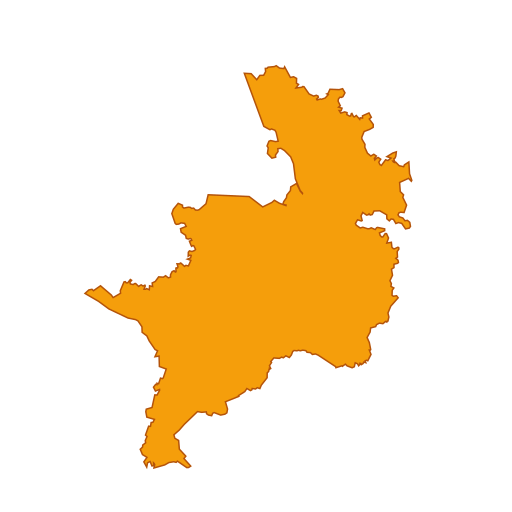 Ērgļu pag., Erglu, Latvia, rotated 250°
{"feature_id": "27541924B50844448194211", "entity_name": "Ērgļu pag.", "entity_type": "district", "adm_level": 2, "iso_a3": "LVA", "parent_name": "Latvia", "parent_adm1": "Erglu", "projection": "albers", "projection_center": [25.617, 56.923], "detail": "fine", "context": "isolated", "style": "filled", "palette": "amber", "viewbox_px": 512, "rotation_deg": 250, "n_neighbors": 0, "source": "geoboundaries", "source_scale": "gbopen_adm2", "svg_char_len": 6097}
<svg xmlns="http://www.w3.org/2000/svg" viewBox="0 0 512 512"><g transform="rotate(250 256 256)"><path d="M168.1,375.3L170.6,374.5L171.2,371.3L172.6,370.4L177.2,372.3L178.8,374.6L181.3,372.4L183.8,373.8L187.0,373.4L191.2,377.7L197.3,378.8L197.9,381.7L201.1,382.8L200.7,386.6L201.3,387.7L203.5,388.0L206.0,386.6L206.6,388.6L211.9,390.2L213.6,392.6L215.0,393.0L215.7,392.4L215.4,388.6L215.9,387.6L217.7,386.7L222.6,387.9L223.4,383.3L227.6,386.7L232.4,386.3L232.9,385.1L230.5,381.7L231.0,380.5L232.9,379.7L235.5,379.9L235.8,385.6L237.5,386.2L241.3,380.0L241.3,379.0L240.1,377.1L243.1,373.9L242.9,371.9L243.3,370.4L246.5,366.2L246.7,363.5L250.7,360.7L252.6,360.6L255.3,363.8L252.9,366.9L253.0,367.9L257.8,368.4L260.4,371.2L256.6,373.9L256.4,375.6L257.0,376.7L255.4,377.3L255.2,379.4L257.9,382.3L256.2,387.7L250.0,392.9L246.2,391.7L243.4,393.3L244.6,395.6L243.4,397.7L238.7,398.5L238.7,401.3L236.8,404.1L230.3,405.8L229.8,409.6L231.0,411.3L235.0,412.0L237.7,410.5L238.2,408.0L241.5,407.0L243.8,404.1L246.1,403.5L247.7,405.1L247.7,406.9L246.2,410.0L252.3,414.9L260.9,414.0L263.0,415.6L267.2,413.6L276.0,416.1L276.8,425.9L273.1,427.5L273.8,428.3L280.7,428.4L292.1,431.8L290.9,426.6L289.4,425.3L291.9,421.4L296.4,419.4L296.2,418.5L297.3,417.3L298.4,417.0L297.8,418.6L300.2,418.8L300.5,420.2L302.1,421.6L305.9,423.5L306.0,419.7L304.6,413.0L301.8,416.4L300.6,412.6L302.1,410.7L298.2,404.8L299.5,403.7L302.2,403.5L304.3,406.3L306.8,404.5L306.7,402.8L305.6,400.5L307.3,400.6L308.8,403.3L311.3,401.5L310.7,398.1L314.5,395.9L320.9,395.4L323.7,396.6L329.6,395.5L331.4,396.0L336.0,400.2L336.1,406.1L336.8,410.1L339.5,411.2L346.0,409.3L346.9,411.8L351.8,411.1L351.3,404.0L349.2,403.3L350.2,401.2L348.9,400.2L353.8,398.3L353.1,396.0L353.6,395.3L357.2,394.9L357.2,394.3L355.2,392.8L355.4,391.8L357.8,389.7L359.6,390.6L361.1,388.6L361.3,384.5L364.2,383.9L363.4,385.7L365.5,387.4L367.6,384.5L368.4,386.6L373.5,386.1L375.5,387.3L376.5,389.2L375.8,390.5L376.0,392.2L378.9,395.4L383.6,394.6L383.9,391.0L387.4,382.5L384.2,379.4L384.1,378.0L382.9,379.1L380.8,375.0L380.9,371.0L381.6,370.1L381.7,366.8L382.8,366.6L383.8,368.9L385.1,369.0L386.4,367.7L386.5,364.9L390.1,361.3L398.7,359.0L399.3,357.8L398.9,356.8L400.2,351.0L402.7,354.7L404.5,353.1L409.0,354.9L411.6,352.6L412.0,349.4L424.0,347.6L422.6,346.3L424.5,342.4L427.9,340.1L427.7,338.1L429.3,331.9L428.6,330.8L429.1,328.9L426.0,328.1L423.2,325.0L424.4,321.4L421.4,317.0L429.0,313.8L431.7,307.5L375.1,307.7L369.9,312.3L370.1,314.0L367.7,316.8L365.3,317.2L356.3,316.1L356.8,313.5L359.5,309.2L359.4,307.4L355.6,304.0L353.5,304.5L348.4,301.8L342.5,304.4L342.1,308.3L344.3,308.9L346.6,312.4L349.4,313.2L348.7,316.2L345.4,318.8L337.3,322.5L329.9,322.8L315.1,319.4L302.5,319.9L299.1,321.2L298.8,321.0L301.6,319.8L310.3,318.9L309.1,312.3L305.7,310.7L302.8,305.9L300.3,304.5L297.6,300.6L295.4,298.9L293.6,301.7L293.1,301.4L297.6,296.0L302.1,292.3L300.9,289.3L299.8,279.1L314.2,269.9L329.9,232.0L322.2,226.9L319.0,218.5L319.0,216.9L319.9,214.8L322.3,213.8L322.8,211.7L324.1,211.0L325.0,209.2L325.7,204.6L327.2,203.7L328.9,204.3L332.1,200.9L328.2,194.3L324.6,191.4L314.3,191.2L313.0,191.9L312.4,194.4L312.8,196.8L311.1,200.1L307.7,200.5L307.5,194.4L303.9,193.8L299.6,196.9L296.4,196.5L295.1,198.1L294.9,200.3L294.3,200.9L292.7,201.0L292.7,198.5L288.2,198.6L287.1,198.8L287.4,200.3L286.9,201.0L283.0,201.5L282.2,200.3L282.1,197.4L283.6,195.2L282.7,193.7L279.0,192.2L279.4,194.3L278.7,195.3L276.6,193.9L276.5,190.5L274.2,193.3L269.8,189.1L271.2,186.9L270.7,185.3L274.9,183.1L275.3,182.5L274.7,181.6L275.7,179.1L272.6,179.0L271.6,178.1L272.2,176.9L271.8,176.5L268.6,175.5L268.5,174.7L270.2,174.0L270.0,171.8L267.6,169.2L265.4,168.5L265.5,166.1L268.4,164.3L267.8,161.7L269.7,157.4L266.5,152.6L266.2,149.2L262.7,148.4L264.4,145.8L260.8,144.2L262.8,142.0L262.5,140.9L263.1,139.4L265.7,141.7L266.6,141.6L266.4,139.6L268.2,138.2L267.6,135.3L271.3,133.5L271.6,132.5L271.2,130.8L272.7,128.4L274.3,128.5L275.7,130.8L276.9,129.9L274.7,126.3L275.1,124.9L276.6,124.4L276.8,123.1L269.8,116.6L267.3,116.0L265.8,107.5L268.8,106.7L281.2,99.7L279.0,91.4L280.8,90.5L281.3,87.4L279.3,82.5L267.3,92.5L256.5,99.7L241.5,114.5L237.4,121.1L235.4,122.9L228.5,124.6L223.2,122.9L218.3,126.1L212.7,126.6L202.6,129.2L200.6,131.1L195.9,126.6L195.1,130.7L185.2,127.4L180.5,133.0L173.2,127.2L172.8,126.1L173.9,124.5L169.3,120.8L170.3,119.4L169.0,118.9L169.7,117.8L167.8,114.8L163.5,115.3L163.6,119.7L162.8,119.5L159.2,115.5L160.1,113.4L149.2,106.5L149.6,100.5L147.4,99.2L141.9,98.3L137.2,104.7L135.0,102.3L135.4,100.5L132.0,98.6L132.8,96.9L125.5,90.9L123.7,91.9L120.4,88.8L118.2,88.4L117.1,84.9L115.2,84.0L114.0,81.1L108.2,81.4L104.1,84.7L100.9,80.2L95.0,81.1L98.8,83.4L99.1,86.2L94.3,86.4L94.0,88.3L96.6,89.0L96.0,89.3L94.7,89.5L91.7,87.6L90.9,98.8L91.7,103.5L90.8,108.3L89.4,110.4L90.1,112.0L80.8,118.6L80.3,120.3L80.9,122.8L90.3,119.0L91.9,121.6L100.7,117.9L109.1,120.2L112.5,117.4L116.1,117.7L118.6,124.2L122.4,131.1L129.8,147.8L127.7,151.5L126.5,156.0L124.7,155.6L122.8,156.9L121.1,159.7L123.0,161.5L123.2,163.1L118.6,168.4L118.0,172.7L118.6,175.0L121.9,176.9L129.5,177.4L130.0,191.9L130.8,191.8L132.4,199.1L134.6,202.1L131.4,204.8L131.7,206.4L132.8,207.1L131.2,210.1L131.8,212.2L130.1,214.3L132.8,216.8L137.8,224.8L142.4,226.6L143.1,228.3L144.9,229.4L144.8,230.1L145.9,230.2L145.5,231.3L148.3,231.1L150.6,234.2L151.8,233.8L154.1,237.9L151.8,243.0L152.2,245.4L151.0,246.9L152.0,249.9L149.2,252.6L150.9,255.4L153.7,257.8L154.2,259.4L152.9,262.1L152.9,263.6L151.8,265.2L151.5,267.8L150.0,270.5L148.1,271.0L146.6,274.1L144.2,275.3L143.6,278.4L141.6,280.5L124.8,293.0L123.7,292.9L123.4,299.3L122.8,299.5L123.8,303.0L121.6,304.0L118.1,308.1L118.3,310.5L121.7,312.7L120.0,314.5L117.7,314.9L118.7,316.8L119.6,316.9L119.2,317.7L117.9,317.8L118.3,319.8L119.4,320.9L118.2,322.7L120.1,322.6L120.3,324.1L119.3,325.2L124.2,330.4L128.9,330.3L128.5,331.4L128.9,331.8L136.0,332.9L141.4,332.5L145.5,337.2L149.2,339.1L148.7,344.3L150.3,345.8L150.7,349.0L149.0,352.1L150.2,355.4L149.2,356.3L149.8,356.7L149.7,357.7L153.2,360.0L157.3,360.5L162.8,365.5L168.1,375.3Z" fill="#f59e0b" stroke="#b45309" stroke-width="1.5"/></g></svg>